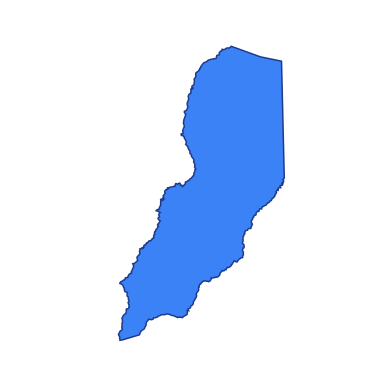 outline of Mirador, Maranhão, Brazil, rotated 315°
{"feature_id": "56859067B34634545665479", "entity_name": "Mirador", "entity_type": "district", "adm_level": 2, "iso_a3": "BRA", "parent_name": "Brazil", "parent_adm1": "Maranhão", "projection": "robinson", "projection_center": [-45.153, -6.403], "detail": "fine", "context": "isolated", "style": "filled", "palette": "blue", "viewbox_px": 384, "rotation_deg": 315, "n_neighbors": 0, "source": "geoboundaries", "source_scale": "gbopen_adm2", "svg_char_len": 6074}
<svg xmlns="http://www.w3.org/2000/svg" viewBox="0 0 384 384"><g transform="rotate(315 192 192)"><path d="M272.3,115.1L269.4,117.5L267.0,117.1L266.4,117.4L266.0,118.1L266.3,119.2L265.6,119.6L264.4,119.0L264.6,118.4L263.8,118.5L263.5,119.1L260.8,121.4L259.4,120.8L257.8,121.2L256.8,121.9L255.2,124.1L251.6,125.6L250.2,127.0L249.9,128.0L248.0,129.7L246.0,130.2L244.9,130.2L243.8,129.5L242.8,130.4L242.5,132.6L239.9,134.1L238.5,134.6L236.6,135.6L236.1,136.4L235.2,136.7L234.6,137.2L233.7,139.2L232.3,140.7L231.5,140.7L228.9,142.0L227.0,144.4L226.4,144.0L225.8,144.1L225.6,143.3L224.9,143.7L224.5,144.5L225.5,146.0L225.4,147.8L224.7,148.3L224.2,150.7L223.6,152.1L222.7,153.1L222.1,153.7L221.3,153.7L221.0,157.0L219.7,159.6L219.7,160.7L219.2,161.8L217.8,163.4L217.9,165.2L217.7,165.7L216.8,166.4L216.3,170.2L215.7,171.0L214.5,171.7L213.5,174.6L211.6,176.1L211.3,176.6L210.9,178.5L210.1,178.2L208.4,179.5L206.6,180.0L204.8,181.7L203.8,181.3L201.4,181.8L200.8,181.5L199.5,181.3L198.0,181.6L197.6,181.2L196.3,181.2L194.8,180.4L194.2,180.4L193.3,181.4L192.6,181.4L192.0,181.7L191.2,181.7L190.6,181.1L190.0,181.5L189.3,181.5L189.6,180.7L189.1,180.0L189.2,179.3L188.7,179.2L189.0,178.5L189.5,178.0L189.6,177.4L189.3,176.7L188.5,176.6L188.0,176.3L187.3,176.3L186.7,174.7L186.1,174.6L184.6,175.4L184.0,176.0L182.8,174.9L181.2,174.2L179.9,172.9L178.2,172.9L178.3,172.2L177.9,171.8L177.3,171.8L177.3,172.8L175.7,172.5L175.4,172.0L173.6,172.0L172.6,172.7L172.6,173.3L172.0,174.0L168.9,174.3L168.6,175.0L167.2,175.6L166.9,176.3L167.5,176.7L167.1,177.2L165.6,177.3L165.4,176.4L165.7,175.7L165.1,175.1L164.4,175.2L164.2,175.8L163.5,176.2L163.8,176.8L162.6,177.2L161.2,178.3L161.0,179.0L158.2,179.8L156.9,181.0L155.7,180.2L154.1,179.7L153.4,179.9L154.8,182.2L154.4,183.1L155.0,184.0L152.4,184.4L151.6,186.5L149.8,186.4L149.2,186.8L148.8,188.2L149.2,190.0L147.2,190.3L146.6,190.6L144.9,190.6L144.9,191.2L143.7,191.7L143.8,192.6L140.8,193.2L139.8,193.1L138.3,194.0L137.7,193.7L136.2,194.5L135.8,195.7L134.9,195.5L133.8,195.9L132.8,197.4L131.3,196.9L130.6,196.9L130.2,197.3L129.1,197.1L128.6,197.4L127.9,197.0L127.3,196.2L124.9,196.4L124.2,196.0L123.9,196.4L123.1,196.0L122.3,196.6L121.6,196.5L121.0,195.8L120.3,195.8L119.2,196.5L118.8,197.1L118.4,196.7L118.0,197.1L117.8,196.5L117.1,196.1L116.6,196.7L116.3,196.1L115.1,195.3L113.9,196.4L112.7,196.9L111.8,198.5L111.1,198.9L107.4,199.1L106.8,199.3L105.1,202.0L101.8,201.9L100.5,201.6L99.4,200.8L98.3,203.4L97.4,203.6L95.9,204.5L95.4,204.4L93.9,205.2L93.0,205.3L92.3,205.8L92.1,206.6L91.2,206.6L90.9,206.1L89.3,205.7L87.8,206.3L87.1,206.3L86.1,207.0L84.3,205.6L83.7,205.7L83.2,206.3L82.6,206.4L81.8,206.3L81.3,205.8L80.0,205.8L78.1,205.1L77.1,205.2L76.3,205.7L77.1,207.6L77.2,209.3L76.4,210.6L76.0,212.1L74.3,214.4L74.2,215.3L75.3,217.4L73.7,218.5L72.5,219.9L72.7,220.9L72.5,221.4L70.9,223.2L70.7,224.1L70.0,225.0L68.8,224.8L67.6,226.9L67.6,227.6L67.0,228.2L66.2,228.4L65.9,229.1L65.4,229.2L63.8,229.3L63.1,228.4L62.4,228.6L60.9,230.2L59.3,231.0L56.5,230.7L53.2,231.7L52.8,232.6L51.2,234.6L49.2,235.7L48.1,237.2L46.9,237.7L45.4,239.9L42.3,239.6L41.1,240.2L39.6,240.5L38.9,241.4L38.4,243.4L37.2,244.4L36.9,245.2L36.2,245.9L37.9,247.2L53.8,255.8L57.3,254.3L61.7,255.0L63.1,254.3L65.4,253.7L66.6,252.3L67.3,252.3L67.8,251.8L68.6,251.6L69.8,251.8L71.2,251.2L73.2,253.8L74.6,254.4L75.8,253.7L77.1,255.0L78.7,255.8L80.8,256.1L82.2,256.8L83.4,257.0L86.2,259.6L88.2,260.6L89.6,262.7L90.2,264.6L91.4,266.3L93.2,270.8L93.9,271.0L95.2,272.3L96.6,274.2L97.5,273.9L101.8,275.1L103.9,273.7L104.8,272.4L105.7,273.5L105.9,272.6L106.8,271.9L107.3,272.4L109.1,272.7L110.5,271.7L111.8,272.2L113.7,272.0L115.8,270.4L116.5,270.5L118.2,270.1L119.3,269.5L120.4,269.6L122.4,268.1L122.5,267.4L123.0,267.0L125.4,266.4L126.4,266.4L127.7,265.8L128.6,264.6L129.4,264.1L130.0,264.3L130.4,263.5L132.2,262.8L132.8,263.2L133.3,263.2L135.0,262.6L135.6,263.1L137.5,263.0L137.8,263.7L138.7,264.2L139.1,265.4L140.1,266.4L140.3,267.2L142.1,267.7L144.4,267.0L145.0,266.3L145.4,267.1L145.9,267.5L147.4,268.1L147.6,268.7L148.8,269.1L149.1,269.7L150.3,270.3L152.0,270.4L152.8,270.3L153.2,269.6L153.8,269.8L154.9,269.1L157.2,269.3L157.9,268.8L158.7,270.3L160.8,270.5L161.2,271.0L161.5,270.5L163.8,270.3L163.9,270.9L165.3,271.6L167.8,271.8L168.5,271.2L169.5,271.5L170.0,271.1L171.9,270.9L173.2,270.4L173.8,271.7L173.8,272.6L174.3,273.3L177.1,272.8L180.5,273.4L181.2,274.1L181.8,274.0L182.3,273.3L183.0,272.9L183.9,272.8L184.3,272.1L185.5,271.2L185.9,270.7L186.3,269.0L188.2,267.8L189.2,268.2L189.9,267.9L191.6,265.7L191.3,264.0L191.7,263.4L193.1,263.0L194.0,262.3L195.5,260.5L196.6,259.8L197.4,259.7L198.5,258.8L199.8,258.9L200.4,258.5L200.6,257.6L202.6,257.3L204.3,258.3L205.1,257.8L205.8,257.8L206.4,258.1L207.4,259.1L208.2,259.3L208.9,258.6L210.0,258.3L210.7,257.7L211.4,257.8L212.0,257.5L212.3,256.2L212.9,254.9L214.1,254.2L215.5,254.2L215.8,253.7L217.0,253.2L217.8,253.5L218.5,252.8L219.6,252.6L220.8,253.4L221.4,253.2L222.6,252.1L223.0,252.0L224.7,252.1L225.1,252.7L225.7,252.9L226.3,252.7L226.6,252.2L228.0,251.8L229.2,253.2L230.8,252.3L233.2,252.8L234.8,253.6L237.6,253.2L238.1,253.6L239.5,253.9L241.1,253.5L241.9,254.1L244.4,253.3L245.7,253.8L246.9,253.3L247.6,253.6L248.7,252.6L250.3,252.6L251.3,252.2L251.5,251.3L252.9,250.9L253.5,251.0L254.0,251.8L254.6,251.5L255.2,250.3L256.2,250.4L257.8,251.7L258.4,249.9L259.6,250.2L260.1,250.9L260.7,251.0L261.0,250.0L261.4,249.7L261.4,250.6L262.1,250.6L262.5,250.1L262.2,249.6L262.7,249.1L263.3,249.6L264.0,249.5L264.8,248.8L265.1,247.4L266.7,247.5L267.2,247.3L347.8,162.8L336.0,144.9L322.7,116.6L321.1,116.8L320.3,116.5L319.4,115.8L318.9,115.1L317.5,114.5L316.7,114.5L315.2,113.9L314.8,113.6L314.7,113.0L314.1,112.4L312.9,113.1L312.2,113.0L311.8,112.6L309.8,112.7L308.4,114.3L306.2,113.0L305.1,113.5L303.9,114.6L303.0,114.6L302.0,113.3L300.2,112.4L299.2,111.5L297.6,110.9L296.9,110.3L295.2,110.2L293.7,109.9L291.5,108.9L286.8,109.6L285.5,110.4L284.9,110.1L283.6,110.9L282.8,110.7L282.2,111.1L279.1,110.5L277.2,111.9L276.6,113.0L275.6,113.4L273.8,113.5L273.1,113.9L272.3,115.1Z" fill="#3b82f6" stroke="#1e3a8a" stroke-width="1.5"/></g></svg>